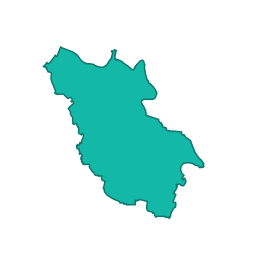 the district of Hoai Duc, Ha Noi, Vietnam, rotated 161°
{"feature_id": "81297802B48396752750587", "entity_name": "Hoai Duc", "entity_type": "district", "adm_level": 2, "iso_a3": "VNM", "parent_name": "Vietnam", "parent_adm1": "Ha Noi", "projection": "natural_earth1", "projection_center": [105.698, 21.023], "detail": "fine", "context": "isolated", "style": "filled", "palette": "teal", "viewbox_px": 256, "rotation_deg": 161, "n_neighbors": 0, "source": "geoboundaries", "source_scale": "gbopen_adm2", "svg_char_len": 5788}
<svg xmlns="http://www.w3.org/2000/svg" viewBox="0 0 256 256"><g transform="rotate(161 128 128)"><path d="M156.6,57.3L154.5,57.0L154.6,56.0L146.0,53.1L145.0,56.8L144.8,57.4L144.4,57.1L143.8,56.2L143.5,56.4L142.9,56.4L142.5,56.3L142.3,56.7L141.2,56.2L140.7,56.9L133.7,52.3L135.2,48.8L136.1,47.1L136.4,46.2L136.6,43.8L136.2,43.2L135.2,42.4L132.3,40.5L132.5,39.5L131.3,39.7L131.0,38.1L131.0,37.8L131.2,37.3L131.3,36.9L130.7,34.7L129.3,35.0L123.0,32.9L122.9,32.5L122.0,32.4L121.7,32.2L121.0,30.9L120.2,31.0L119.0,30.3L118.6,29.5L118.2,30.4L117.3,30.0L117.1,30.0L115.4,32.9L114.3,34.2L113.3,35.2L110.4,37.6L109.9,37.7L109.0,37.7L108.4,38.5L107.8,40.0L107.2,42.2L109.6,42.9L109.4,43.6L104.4,49.5L106.1,51.5L104.2,53.0L101.4,55.4L101.6,55.7L101.5,55.9L100.3,56.8L100.5,57.6L101.0,58.6L100.4,59.0L99.6,58.5L99.0,58.3L97.9,58.6L97.6,58.3L97.2,57.8L96.6,56.5L95.9,56.1L95.4,55.8L94.3,55.5L94.1,55.4L91.7,57.3L90.6,58.6L90.7,61.9L91.7,62.2L92.6,60.9L93.8,62.7L92.5,63.7L90.5,65.1L91.4,66.5L91.7,67.0L91.8,67.5L91.9,68.4L91.8,71.0L91.7,71.8L91.4,72.6L91.1,73.2L90.5,74.0L90.1,74.5L89.3,75.2L87.4,76.3L86.5,76.4L85.8,76.4L82.6,75.6L82.0,75.4L80.6,74.8L79.9,74.4L77.7,72.6L77.1,71.7L76.7,71.2L76.0,70.6L75.1,70.1L74.4,69.6L73.7,68.7L73.4,67.5L72.9,67.0L72.7,67.0L72.2,67.1L71.8,66.9L71.6,67.0L71.3,67.3L71.1,67.4L70.9,66.8L70.6,66.6L70.2,66.4L69.8,66.5L69.2,66.8L68.7,67.2L68.8,67.4L69.0,67.9L69.0,68.2L68.5,68.8L68.1,69.3L68.1,69.8L68.2,70.6L68.7,72.2L69.3,74.1L70.3,75.6L70.8,76.9L71.8,80.0L72.5,83.2L72.7,84.7L72.7,86.2L73.0,90.6L72.9,91.5L73.1,93.2L72.9,94.5L72.9,95.3L73.2,96.0L73.6,96.4L74.9,98.6L75.3,99.1L75.8,99.4L76.2,99.5L77.3,103.4L78.8,103.6L79.1,105.8L78.9,106.5L78.7,106.8L85.7,110.1L87.3,110.4L87.3,110.8L89.3,111.2L89.8,112.2L90.5,112.1L91.8,113.1L92.2,113.6L92.3,114.1L91.9,115.2L92.0,115.8L92.4,116.2L93.0,116.6L94.4,117.1L95.1,119.3L94.4,119.6L95.2,122.4L95.5,122.6L96.0,122.6L96.5,124.9L96.3,126.2L106.8,134.1L106.1,136.0L106.1,137.0L106.0,137.8L105.7,138.5L105.7,139.1L105.7,139.5L106.1,140.5L106.1,140.8L105.9,141.6L106.0,142.4L107.0,146.4L107.1,147.8L106.8,148.5L106.3,149.1L105.6,149.5L104.9,149.8L103.1,149.8L102.5,149.6L100.7,149.0L99.1,148.3L98.4,148.0L96.8,147.6L95.5,147.1L93.8,147.2L93.0,147.4L92.3,147.9L91.6,148.6L90.7,149.9L89.8,150.8L89.5,151.4L89.4,151.8L89.4,152.6L89.6,153.7L89.7,155.2L90.1,156.7L90.7,158.6L91.7,160.7L92.6,162.5L92.8,162.9L93.4,163.3L93.6,163.5L93.8,163.8L93.8,164.1L93.5,165.2L93.5,165.6L94.1,167.5L94.2,168.6L94.1,170.4L93.8,173.9L93.2,177.6L92.9,179.3L92.3,180.9L92.0,181.3L91.7,181.6L91.6,181.8L91.6,182.1L91.7,182.9L91.7,183.6L91.6,184.5L91.5,185.4L91.5,186.1L91.8,186.8L92.1,187.2L92.6,187.5L93.4,187.6L95.1,187.2L96.8,186.3L99.2,184.9L100.8,184.1L101.1,183.8L101.8,183.1L102.4,182.1L102.8,181.8L103.4,181.5L104.0,181.4L104.5,181.6L104.9,181.9L105.6,182.7L107.4,185.8L110.9,190.6L112.4,193.2L113.1,193.8L114.3,194.6L114.6,195.2L114.8,195.4L115.0,196.0L115.4,196.2L115.7,196.2L116.4,196.0L117.0,196.0L117.5,196.4L117.6,196.6L117.6,196.9L117.2,197.4L117.2,197.6L117.6,198.1L117.7,198.3L116.2,201.7L113.9,205.1L115.3,206.4L116.0,205.7L116.7,205.5L118.3,206.2L118.5,206.0L118.6,205.8L118.2,204.3L118.2,203.8L121.1,199.4L121.7,198.8L122.9,198.4L123.7,197.8L124.8,196.7L126.9,195.1L128.3,194.3L129.1,194.1L131.5,193.7L132.3,193.8L133.9,194.2L136.2,195.6L137.4,196.6L138.2,197.2L139.8,199.2L140.3,199.6L142.3,200.7L144.5,201.7L145.8,202.0L147.9,204.0L148.9,205.0L149.6,206.1L150.5,207.7L151.1,209.4L151.6,211.6L152.6,214.1L154.1,216.1L155.4,217.8L157.3,219.4L164.6,225.5L165.3,226.5L172.0,218.7L173.2,220.4L174.4,219.3L180.7,215.1L182.0,214.6L183.3,216.2L186.4,214.3L187.9,213.7L187.3,212.8L186.1,213.0L185.3,210.8L185.9,210.5L185.5,209.3L185.2,207.0L184.4,206.9L184.0,206.6L183.7,206.1L183.1,205.7L182.5,204.5L182.6,203.9L183.4,202.8L184.6,200.3L184.9,198.9L184.9,194.9L184.5,188.1L184.5,187.1L184.6,186.3L185.0,185.8L185.8,185.0L185.8,184.5L185.4,184.0L184.3,184.0L184.2,182.9L178.2,181.2L177.6,180.2L175.3,175.6L172.2,175.5L171.4,173.6L171.5,172.9L171.9,172.3L172.4,172.2L172.8,172.1L173.0,171.8L173.1,171.5L173.0,171.3L172.8,171.1L171.2,170.7L171.2,169.0L174.1,167.9L178.0,166.0L177.1,161.7L177.5,161.1L177.8,160.1L177.5,157.3L176.9,156.4L176.8,155.6L177.1,154.9L177.7,154.0L178.0,153.0L177.9,152.1L178.0,151.8L178.1,151.5L178.5,151.1L178.5,150.7L178.6,150.3L178.5,149.6L178.4,149.2L175.5,149.2L175.3,148.5L175.3,145.6L174.6,144.0L176.2,139.8L176.2,138.8L174.5,137.0L174.2,136.7L173.8,136.6L173.5,136.8L173.2,137.4L173.1,137.6L172.7,137.2L172.3,136.5L172.2,135.8L172.5,135.2L172.9,134.5L173.5,133.7L175.4,131.7L176.1,130.6L176.9,128.4L177.3,128.4L177.6,128.5L177.5,129.5L178.0,129.8L178.3,129.7L178.5,129.6L179.9,127.5L180.3,127.4L180.6,127.4L180.9,127.6L181.0,127.7L181.1,128.6L181.8,128.4L182.2,128.1L182.6,126.9L182.8,126.1L182.8,124.9L182.4,124.9L181.3,124.3L181.0,124.0L181.0,123.6L181.0,123.4L181.5,122.9L181.6,122.6L181.6,122.2L181.2,120.7L181.6,120.4L181.8,119.9L182.3,119.9L182.4,119.7L182.2,118.9L181.2,119.4L180.9,119.3L180.8,119.1L180.5,118.3L180.5,117.6L180.3,117.3L180.3,117.0L180.2,116.7L180.4,116.2L181.1,116.1L181.7,115.8L181.9,115.5L182.1,115.3L182.1,115.1L181.5,114.9L181.4,114.2L182.7,114.0L182.3,112.1L182.8,111.5L182.6,110.6L181.9,110.4L181.8,109.6L182.3,109.3L182.2,108.2L181.6,108.1L180.7,107.6L179.8,107.3L176.8,106.5L176.5,106.2L176.5,105.4L177.1,104.3L177.2,103.5L177.1,102.3L176.7,101.3L176.4,100.4L176.2,99.2L175.9,98.4L175.5,97.5L174.9,97.4L174.7,97.1L174.7,96.5L174.9,95.5L174.8,95.0L174.5,94.4L173.5,93.4L172.6,93.1L171.6,93.0L171.4,92.0L168.6,91.2L169.5,88.1L169.6,87.7L169.1,87.1L169.1,86.7L166.9,84.9L167.5,84.2L171.1,78.8L170.3,78.1L170.7,77.0L170.9,75.2L169.7,71.5L165.7,66.5L163.6,64.4L159.9,61.2L160.0,59.7L156.7,58.7L156.8,57.8L156.6,57.3Z" fill="#14b8a6" stroke="#0f766e" stroke-width="1.5"/></g></svg>